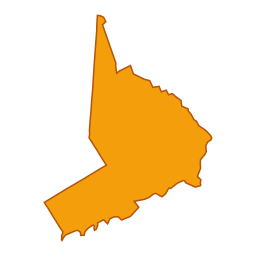 Fairfield, Connecticut, United States of America (Equal Earth projection)
{"feature_id": "52423323B86318670912748", "entity_name": "Fairfield", "entity_type": "district", "adm_level": 2, "iso_a3": "USA", "parent_name": "United States of America", "parent_adm1": "Connecticut", "projection": "equal_earth", "projection_center": [-73.42, 41.326], "detail": "fine", "context": "isolated", "style": "filled", "palette": "amber", "viewbox_px": 256, "rotation_deg": 0, "n_neighbors": 0, "source": "geoboundaries", "source_scale": "gbopen_adm2", "svg_char_len": 1872}
<svg xmlns="http://www.w3.org/2000/svg" viewBox="0 0 256 256"><path d="M90.7,114.5L90.5,116.1L89.6,127.7L89.4,131.1L89.6,133.9L89.1,137.9L97.3,150.7L101.3,157.2L106.3,165.3L105.7,165.6L102.9,167.2L99.5,169.2L98.2,170.0L88.1,176.1L85.6,177.7L73.0,185.1L68.5,187.7L66.6,188.8L52.4,197.5L44.3,202.4L45.7,204.7L47.1,206.7L49.8,211.1L52.8,216.1L54.6,218.9L56.4,221.9L58.8,225.7L60.8,228.9L62.6,231.5L62.8,231.8L62.6,233.2L61.6,235.9L61.7,237.9L61.5,239.7L62.0,240.5L63.7,237.3L65.6,235.0L75.6,230.7L77.7,230.4L80.4,232.2L80.7,235.4L84.2,235.2L84.8,232.1L86.2,230.2L88.5,228.0L88.9,227.7L91.9,225.8L93.0,225.1L93.6,225.2L94.3,226.2L94.0,228.5L94.6,230.3L96.2,229.3L97.1,227.1L97.7,225.9L97.6,222.9L103.0,220.1L103.6,219.8L107.6,223.8L109.9,218.7L114.4,216.8L115.3,216.8L118.3,216.9L119.1,217.7L121.6,220.0L130.4,216.4L131.3,215.5L138.7,207.3L134.2,201.3L141.0,200.0L144.7,199.3L149.4,197.2L149.5,197.1L152.8,194.5L153.4,194.1L155.8,193.4L162.0,196.8L165.6,193.8L168.8,188.1L170.6,188.5L172.6,186.9L177.0,183.4L181.6,181.3L183.3,180.5L185.1,181.1L185.3,182.5L186.7,183.2L195.3,187.1L200.2,185.8L200.8,184.8L200.4,183.7L200.3,182.8L200.9,179.8L197.4,176.5L200.6,168.1L200.3,165.1L200.4,159.8L205.1,154.1L206.3,151.4L205.8,145.8L207.6,142.1L210.8,140.0L211.7,138.1L211.0,136.1L207.4,132.1L205.2,130.0L198.9,125.8L197.1,122.7L196.6,121.4L193.8,119.5L190.9,114.0L188.4,111.1L188.2,109.0L181.8,106.1L181.0,100.5L175.7,96.6L172.3,93.6L168.5,94.7L166.2,90.2L161.3,91.8L159.0,86.3L152.9,87.4L149.7,80.6L144.4,79.3L133.4,73.9L130.4,65.5L119.4,71.0L116.7,73.2L115.8,67.2L115.8,62.9L102.5,24.8L105.8,21.7L103.6,17.3L100.2,15.7L97.4,15.4L96.9,23.8L96.7,30.8L94.4,61.4L93.4,77.0L93.4,77.3L93.3,77.6L93.3,78.0L93.3,78.3L93.1,82.4L92.9,84.5L92.9,85.0L92.9,85.8L92.9,86.4L92.6,89.8L92.5,91.5L92.4,92.2L91.6,101.4L91.0,111.0L90.7,114.5Z" fill="#f59e0b" stroke="#b45309" stroke-width="1.5"/></svg>